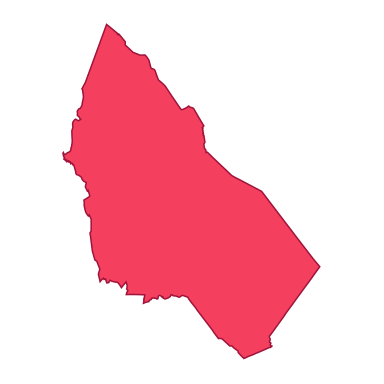 outline of Litenes pag., Gulbene, Latvia, rotated 272°
{"feature_id": "27541924B1049309214592", "entity_name": "Litenes pag.", "entity_type": "district", "adm_level": 2, "iso_a3": "LVA", "parent_name": "Latvia", "parent_adm1": "Gulbene", "projection": "natural_earth1", "projection_center": [27.027, 57.173], "detail": "fine", "context": "isolated", "style": "filled", "palette": "rose", "viewbox_px": 384, "rotation_deg": 272, "n_neighbors": 0, "source": "geoboundaries", "source_scale": "gbopen_adm2", "svg_char_len": 5533}
<svg xmlns="http://www.w3.org/2000/svg" viewBox="0 0 384 384"><g transform="rotate(272 192 192)"><path d="M219.3,64.2L218.8,64.6L219.0,65.1L218.8,65.3L219.1,65.5L218.5,65.6L218.1,65.8L217.9,65.9L218.1,66.1L218.3,66.3L218.1,66.5L218.2,67.3L218.7,67.3L218.9,67.4L218.9,67.7L218.8,67.8L218.4,67.8L217.9,67.8L217.6,67.9L217.5,68.1L217.7,68.3L218.0,68.8L218.0,69.0L217.8,69.2L217.8,69.3L217.7,69.4L217.4,69.4L217.0,69.7L216.8,69.8L216.5,69.6L216.2,69.7L215.9,69.8L216.1,70.2L216.5,70.4L216.6,70.6L216.3,70.9L216.4,71.2L216.3,71.4L216.3,71.5L216.0,71.8L215.8,72.0L215.4,71.9L215.0,72.0L214.6,72.4L214.4,73.1L213.4,73.3L212.9,73.6L211.7,73.9L211.3,74.1L208.1,75.1L207.0,75.2L206.3,75.4L206.1,75.5L205.2,76.5L205.1,76.8L205.0,77.6L204.7,78.3L203.1,80.7L202.3,81.2L201.0,81.6L198.9,83.4L198.8,83.6L198.3,85.1L197.6,85.6L197.5,86.0L196.2,85.8L195.2,85.5L193.4,85.2L189.2,87.4L190.0,88.2L184.5,90.0L183.5,89.2L180.2,84.3L176.9,84.7L174.6,84.7L169.6,86.0L167.1,87.1L164.4,89.2L165.5,90.0L161.3,92.2L160.8,92.2L158.7,92.2L158.0,92.3L151.0,92.5L149.3,92.5L149.1,92.4L147.8,91.6L147.3,91.5L145.9,91.7L145.0,92.0L129.5,94.5L120.7,97.3L119.4,99.3L112.2,102.4L111.4,102.5L106.7,101.3L99.2,103.3L101.1,104.7L101.6,105.2L102.4,106.2L102.7,106.5L101.5,107.2L102.1,108.6L98.2,110.0L98.5,111.9L100.9,113.3L100.7,113.5L100.3,114.7L99.9,115.2L100.0,115.3L99.4,117.9L99.1,120.8L97.7,122.1L96.5,123.1L93.9,124.8L99.8,129.2L96.6,130.4L94.2,130.4L93.0,130.1L92.0,130.6L91.2,131.4L89.1,130.3L87.2,129.9L87.4,133.8L87.5,136.1L87.6,141.5L87.6,148.3L87.1,148.4L83.2,147.6L83.3,147.9L79.1,147.4L79.8,148.9L80.4,150.4L80.6,151.0L80.6,151.3L80.7,151.7L80.8,152.0L80.9,152.5L81.0,152.7L81.4,152.9L82.1,153.0L82.2,153.4L82.3,153.5L82.6,153.7L82.7,153.9L82.9,154.6L83.1,154.9L83.4,155.1L83.8,155.4L84.4,155.6L84.5,155.6L84.5,156.0L84.6,156.4L84.6,156.6L84.8,157.2L84.6,157.7L84.6,158.6L84.5,159.6L84.1,160.7L84.1,160.8L83.9,160.8L84.1,161.6L85.9,161.8L86.8,162.2L87.1,162.4L87.5,163.0L87.5,163.5L87.4,163.7L87.2,164.2L86.7,165.0L86.2,165.3L86.3,165.5L86.1,165.7L86.1,165.9L86.4,166.1L86.4,166.5L85.9,166.4L85.4,166.6L84.9,167.0L84.7,167.4L84.5,168.0L84.2,168.5L84.3,169.2L84.4,169.5L84.7,170.3L85.4,172.1L85.9,172.8L86.6,173.7L87.1,174.1L88.3,174.5L88.6,174.7L88.7,174.9L88.7,175.1L88.6,175.3L88.1,175.9L87.9,176.2L87.5,177.7L87.5,178.8L87.5,179.5L87.2,180.3L87.0,181.1L86.5,182.1L86.4,182.7L86.5,183.2L86.7,183.6L87.1,184.2L88.0,185.2L88.4,186.1L86.7,191.5L85.1,192.4L81.8,195.0L80.4,196.2L76.6,199.5L73.8,201.5L54.4,217.4L52.6,218.6L46.5,223.5L46.4,223.6L46.6,224.4L46.5,226.0L46.4,227.0L43.9,230.0L39.4,235.2L39.6,237.2L37.5,239.4L34.7,243.6L33.1,243.8L30.8,246.1L28.3,248.7L28.0,249.6L27.5,249.7L28.0,251.0L29.5,253.8L30.5,256.1L31.8,259.2L33.4,262.3L33.9,263.6L36.2,268.4L36.3,268.6L39.4,275.0L39.4,275.9L40.8,277.3L41.0,277.1L41.0,276.3L41.2,276.0L41.4,275.8L41.8,275.6L42.3,275.6L42.5,275.6L43.1,276.0L43.6,276.0L43.8,276.0L44.2,275.8L44.3,275.7L44.4,275.1L44.5,274.9L44.7,274.7L44.9,274.6L45.2,274.6L45.6,274.6L46.4,275.2L47.0,275.3L48.1,275.1L49.1,274.6L49.8,274.4L50.6,274.3L50.7,274.5L53.8,276.7L71.0,288.2L72.9,289.4L73.1,289.4L81.8,295.3L82.0,295.5L87.3,299.0L107.0,312.4L109.9,314.4L112.7,316.2L121.8,322.3L129.5,315.4L149.8,298.6L185.6,269.3L195.1,261.5L196.6,258.4L206.0,239.0L207.6,235.5L209.8,231.2L228.2,210.4L228.3,210.4L232.3,206.0L232.4,205.4L232.0,204.6L234.4,204.4L235.8,203.2L236.8,202.8L237.7,202.6L240.3,202.2L242.3,203.2L248.8,201.9L248.7,201.6L249.6,201.1L250.4,201.5L250.7,201.3L251.0,200.9L251.4,201.0L251.9,201.2L252.3,201.0L252.7,200.8L253.0,200.7L253.5,200.9L253.9,200.9L254.1,200.7L254.5,200.4L255.2,200.4L255.5,200.6L255.9,200.7L256.2,200.7L256.5,200.5L256.6,200.0L256.8,200.0L258.1,201.3L258.5,201.5L266.9,196.1L275.6,190.6L276.0,189.9L276.9,186.7L277.4,185.8L277.8,185.7L277.7,185.4L277.0,184.8L276.0,183.4L274.4,180.4L273.9,178.8L274.0,178.5L274.7,177.7L286.9,168.7L296.8,161.6L299.2,159.1L302.9,154.5L303.1,154.4L307.0,152.8L310.3,151.5L311.9,150.9L312.4,150.6L313.3,149.7L314.1,147.2L314.1,146.9L314.7,146.6L321.4,144.6L322.4,144.2L325.0,142.4L326.3,141.3L327.3,140.2L327.3,139.9L327.2,138.9L327.0,135.7L326.9,135.3L327.3,134.4L329.5,128.2L335.6,121.3L336.4,120.3L336.6,120.2L336.9,120.1L339.6,120.1L340.0,119.9L346.9,113.8L346.8,113.7L346.5,113.3L346.6,113.1L347.4,112.9L347.5,112.7L347.1,112.4L347.0,112.1L347.6,111.8L347.9,112.0L348.0,111.9L356.5,100.8L298.0,81.7L291.2,78.4L291.0,78.8L290.6,79.0L283.4,80.2L282.7,80.1L280.8,79.9L276.8,79.2L275.3,79.1L274.9,79.0L273.8,78.5L272.7,78.0L272.4,77.9L271.8,77.5L271.7,77.1L271.2,76.2L270.9,75.8L270.5,75.5L269.7,75.2L269.1,74.6L268.4,74.5L267.7,74.6L267.3,74.7L265.9,74.8L264.7,74.7L264.4,74.9L264.2,75.1L263.5,76.0L263.4,76.3L263.1,76.6L261.9,77.2L261.3,77.7L260.9,78.3L260.7,78.3L260.4,77.7L259.8,76.9L259.4,76.0L259.4,75.7L259.5,75.3L259.6,75.0L260.4,74.0L260.6,73.4L260.6,73.1L260.6,72.9L260.3,72.4L260.0,72.1L259.1,71.5L258.2,70.8L257.7,70.6L257.2,70.5L255.9,70.3L254.5,70.4L253.3,70.7L252.6,70.7L251.5,70.5L249.6,69.9L248.3,69.8L243.6,70.1L239.7,70.5L236.6,70.5L235.3,70.2L233.8,70.2L232.4,69.7L231.1,69.5L229.7,69.4L229.0,69.1L228.7,68.9L228.1,68.4L227.6,67.7L226.9,66.2L225.9,65.0L225.4,64.5L225.1,64.1L225.0,63.8L225.1,63.6L225.5,62.9L226.1,62.4L227.0,62.1L226.6,61.8L226.3,61.7L225.6,61.9L224.9,61.9L224.4,62.3L223.4,62.3L223.2,62.4L222.7,62.7L222.3,63.2L222.1,63.2L221.9,63.2L221.3,63.0L220.4,62.8L220.2,63.2L220.4,63.4L220.4,63.5L220.2,63.6L220.3,63.8L220.3,64.1L219.9,64.3L219.7,64.3L219.5,64.2L219.3,64.2Z" fill="#f43f5e" stroke="#9f1239" stroke-width="1.5"/></g></svg>